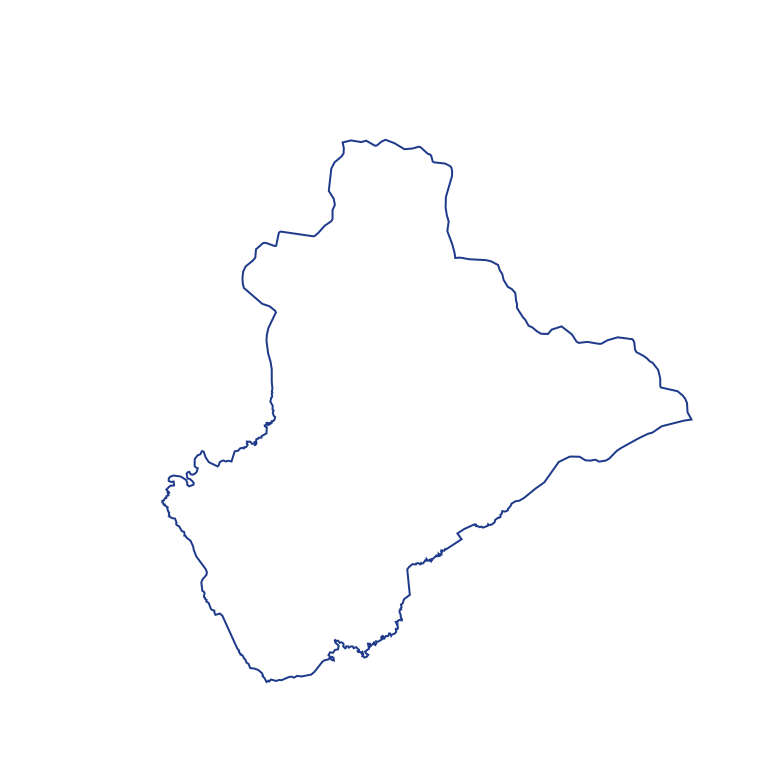 outline of Phu Sang, Phayao, Thailand, rotated 332°
{"feature_id": "78962969B43087545511477", "entity_name": "Phu Sang", "entity_type": "district", "adm_level": 2, "iso_a3": "THA", "parent_name": "Thailand", "parent_adm1": "Phayao", "projection": "robinson", "projection_center": [100.319, 19.641], "detail": "fine", "context": "isolated", "style": "outline", "palette": "blue", "viewbox_px": 768, "rotation_deg": 332, "n_neighbors": 0, "source": "geoboundaries", "source_scale": "gbopen_adm2", "svg_char_len": 6166}
<svg xmlns="http://www.w3.org/2000/svg" viewBox="0 0 768 768"><g transform="rotate(332 384 384)"><path d="M638.8,559.7L638.7,551.5L642.6,543.1L643.0,538.5L642.3,534.3L639.8,528.2L626.8,517.0L627.1,515.2L630.5,508.8L632.7,500.3L631.1,491.3L629.2,488.5L628.4,485.3L626.4,481.1L621.8,474.3L621.9,471.2L624.7,464.2L624.4,461.1L612.3,452.5L601.8,450.3L595.0,450.5L592.7,449.5L583.2,442.2L575.3,439.2L573.9,436.9L573.2,428.4L567.8,416.5L557.6,414.7L552.3,416.8L546.2,413.3L543.7,409.1L541.7,404.0L539.0,400.3L538.9,393.7L538.0,390.3L537.2,380.4L537.3,378.8L539.2,375.5L539.5,373.1L542.7,365.1L541.4,360.2L538.9,356.2L538.5,348.1L540.1,342.2L539.6,338.0L540.6,332.5L536.1,325.9L531.9,322.3L517.9,313.9L510.5,308.1L506.1,306.2L508.0,300.9L509.9,292.5L511.7,278.7L517.4,270.9L518.7,264.5L521.2,257.2L526.4,248.0L541.8,232.2L544.4,227.3L545.0,224.6L544.6,222.5L541.5,218.1L532.0,211.6L531.5,210.2L532.8,204.9L532.6,203.3L530.7,201.2L527.4,192.0L526.1,190.8L519.6,189.4L512.3,186.3L506.3,176.3L500.0,169.1L495.8,168.8L489.8,170.0L488.0,169.5L482.5,160.8L477.4,159.7L469.3,153.5L460.9,151.3L459.2,157.0L456.5,161.5L453.4,163.1L444.3,165.1L438.6,169.1L425.9,187.6L426.6,196.8L424.7,202.8L420.3,206.2L416.0,214.2L413.8,215.5L406.0,216.4L396.8,219.8L392.4,220.7L390.9,220.4L364.6,201.1L363.2,200.8L361.9,201.4L353.7,211.3L352.3,210.9L345.7,203.7L343.4,202.8L334.2,205.0L329.7,212.0L326.1,213.5L317.0,215.2L312.4,218.7L308.9,223.8L306.3,229.4L305.4,233.5L314.1,256.0L319.4,261.6L322.2,268.1L322.2,270.0L308.2,280.3L303.6,285.7L300.6,290.5L296.1,302.5L294.2,311.3L291.8,318.3L286.1,329.0L283.2,335.9L281.4,338.0L281.5,339.1L280.4,339.8L279.3,342.8L277.8,343.3L275.4,346.2L275.5,351.0L273.7,353.9L274.0,355.8L272.5,356.8L271.7,360.1L272.4,362.1L270.7,363.9L269.3,364.7L267.5,364.1L266.6,365.7L265.0,365.8L265.1,364.7L264.2,364.5L262.9,366.0L262.4,365.6L262.7,363.5L262.0,363.2L261.0,364.8L259.2,364.6L259.0,365.6L260.2,367.2L257.1,372.4L251.4,372.6L250.6,373.8L247.9,372.6L247.2,373.2L245.4,372.8L244.2,374.6L243.0,374.5L243.7,376.3L241.9,377.5L241.3,377.2L241.7,375.4L239.5,375.0L238.8,372.2L235.9,370.5L235.6,372.0L234.8,372.4L235.0,373.8L232.5,375.0L231.0,374.2L230.1,375.1L228.9,373.8L226.8,373.3L223.9,374.4L220.5,373.4L213.0,380.8L210.7,378.8L207.6,377.9L206.4,376.2L204.1,375.7L202.3,376.0L199.6,378.4L198.3,378.6L192.6,370.7L192.1,365.0L193.0,359.0L191.7,357.8L188.8,359.8L185.8,359.5L181.7,361.4L178.3,367.4L178.6,369.2L180.0,370.9L177.4,373.6L174.8,374.5L172.6,374.3L170.9,373.0L170.8,370.1L169.2,369.8L167.7,370.4L166.3,374.5L166.5,375.5L168.0,376.7L169.3,380.3L169.4,382.4L168.5,383.5L163.8,382.8L162.9,380.5L163.9,379.0L164.2,375.8L161.3,370.5L155.4,366.1L151.9,365.5L149.6,366.3L148.4,368.6L150.0,370.5L152.5,371.4L151.0,375.0L147.5,373.5L142.3,375.0L143.1,378.0L142.1,377.9L141.9,378.6L142.8,379.4L141.3,380.2L141.3,381.1L139.0,381.0L138.3,382.4L136.7,382.1L135.0,383.4L133.4,383.1L132.7,384.5L133.2,384.9L132.8,387.1L133.9,387.6L133.5,388.4L135.1,391.3L134.3,391.8L133.6,395.5L134.0,396.6L132.9,398.0L132.9,399.3L132.0,399.8L133.7,402.7L136.3,404.8L135.7,409.1L134.8,409.9L134.7,411.2L136.3,413.6L136.4,418.8L138.0,420.6L137.5,422.9L136.5,424.1L137.5,425.0L137.5,426.8L139.6,431.6L139.2,437.9L138.2,440.9L137.3,448.0L139.6,463.5L139.4,466.8L137.7,469.1L131.9,471.4L129.5,473.5L126.5,481.4L127.4,482.8L127.4,484.5L125.5,486.6L125.1,488.0L125.7,488.9L125.2,490.2L126.0,491.4L125.0,492.7L126.4,494.9L125.6,501.1L126.0,502.7L127.8,504.4L126.9,506.4L126.8,508.7L131.4,509.7L132.5,512.8L130.3,548.4L130.9,551.6L130.2,552.2L130.2,553.7L130.8,555.2L130.3,555.6L131.7,557.2L131.6,560.6L132.2,562.3L131.8,565.4L133.0,567.6L132.5,572.1L135.7,574.2L138.6,577.3L140.4,581.7L140.4,584.2L139.6,584.9L140.4,587.3L140.4,592.0L142.8,591.8L143.1,592.7L145.5,591.9L149.3,595.5L152.5,596.1L154.4,597.4L162.7,598.1L165.3,599.2L166.6,601.0L170.1,600.9L174.1,603.6L183.3,606.4L187.4,605.5L199.2,600.3L201.5,600.0L205.8,601.1L206.4,600.5L207.8,600.9L208.5,603.3L209.9,604.6L210.9,602.1L210.1,600.5L208.8,600.8L207.7,597.3L210.4,595.6L212.8,597.4L215.8,595.8L218.9,596.7L221.1,593.8L219.7,589.5L220.1,587.4L220.7,587.1L221.5,588.6L223.0,589.1L223.4,591.7L225.1,592.0L226.2,593.7L226.2,594.7L224.8,596.6L225.6,599.2L226.3,599.2L227.4,597.9L229.1,598.9L229.3,600.3L231.1,600.0L233.2,601.1L233.2,603.1L235.8,603.2L237.1,607.0L236.7,608.0L235.3,607.6L235.4,608.6L237.8,609.9L237.7,611.3L239.1,610.6L239.0,612.5L237.1,614.2L238.0,614.6L238.2,616.3L240.7,616.7L243.0,615.7L241.7,613.8L241.7,611.3L246.5,610.7L247.9,605.8L249.7,606.8L249.0,609.2L253.8,607.7L254.6,606.7L253.2,609.2L253.8,610.4L255.8,609.1L256.4,607.7L256.9,608.4L258.5,608.7L263.2,608.5L263.3,607.8L262.4,606.9L263.1,605.9L264.6,605.9L265.1,608.7L267.2,607.4L269.2,608.5L271.6,606.7L272.2,607.1L272.1,609.7L273.2,609.0L276.5,609.4L278.4,608.6L279.5,605.8L280.8,606.7L282.1,605.5L282.4,603.0L283.2,602.5L282.6,601.6L282.7,599.7L284.4,600.4L284.9,599.6L286.9,599.6L288.7,601.1L289.5,599.9L289.1,598.4L290.3,595.7L290.7,592.5L291.8,591.0L293.3,591.1L293.2,590.0L294.8,589.3L295.4,586.7L297.4,586.5L300.7,583.4L307.8,582.3L317.5,558.6L320.3,557.3L324.5,556.4L327.4,558.3L328.3,557.6L330.2,558.3L331.5,560.3L332.7,559.5L332.9,560.2L334.5,560.7L337.7,559.0L338.5,559.9L339.4,558.5L339.7,560.1L340.7,561.1L341.5,560.7L342.2,562.5L343.0,561.4L343.5,561.8L343.6,560.9L345.5,561.3L349.7,560.0L349.9,561.1L351.1,561.4L352.2,559.8L352.3,561.8L353.0,561.9L353.7,560.7L354.7,561.5L355.3,560.1L356.2,559.7L355.9,558.5L356.5,557.8L359.0,559.5L360.6,558.4L361.2,559.1L379.6,557.5L378.7,550.4L386.7,549.7L397.9,550.4L398.2,551.4L398.5,550.8L399.2,551.3L398.9,552.9L400.2,553.6L401.2,555.3L403.2,555.7L404.0,557.3L408.8,557.9L410.0,556.8L410.2,557.8L413.4,558.7L416.8,558.0L418.3,556.2L422.4,555.6L423.1,556.3L424.7,555.9L425.3,554.2L426.8,554.0L428.7,551.8L431.0,553.5L434.0,553.7L434.7,552.6L438.5,551.1L440.5,549.5L445.2,549.3L448.7,550.6L454.4,550.3L469.0,547.4L479.4,546.1L501.6,534.9L513.7,535.3L515.9,536.3L522.6,540.1L525.9,545.8L530.1,548.5L535.0,550.0L537.6,553.6L543.9,555.7L547.8,555.6L558.2,552.3L563.6,551.8L582.9,551.5L593.7,551.9L598.2,552.9L609.3,551.7L631.1,557.0L638.8,559.7Z" fill="none" stroke="#1e3a8a" stroke-width="2"/></g></svg>